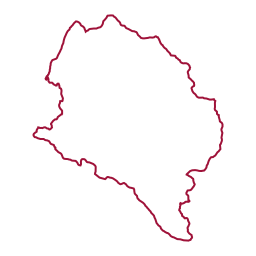 Buenos Aires, Puntarenas, Costa Rica
{"feature_id": "36466004B75428693831232", "entity_name": "Buenos Aires", "entity_type": "district", "adm_level": 2, "iso_a3": "CRI", "parent_name": "Costa Rica", "parent_adm1": "Puntarenas", "projection": "natural_earth1", "projection_center": [-83.259, 9.079], "detail": "fine", "context": "isolated", "style": "outline", "palette": "rose", "viewbox_px": 256, "rotation_deg": 0, "n_neighbors": 0, "source": "geoboundaries", "source_scale": "gbopen_adm2", "svg_char_len": 5711}
<svg xmlns="http://www.w3.org/2000/svg" viewBox="0 0 256 256"><path d="M160.9,228.5L162.8,230.6L163.8,231.0L165.3,232.1L167.1,233.0L167.6,233.0L168.7,233.7L169.9,234.9L170.5,235.8L171.3,236.4L172.7,237.1L173.7,237.3L177.3,239.1L180.3,239.3L183.7,240.3L188.6,240.6L189.3,240.2L190.5,239.9L191.1,238.7L191.9,237.9L192.1,237.1L191.7,236.0L191.6,235.1L189.3,233.5L187.8,231.5L187.9,229.4L187.6,228.7L187.6,227.4L188.3,226.5L188.8,225.1L189.2,224.5L189.4,223.3L188.1,220.7L187.8,219.2L187.4,218.5L186.9,218.1L185.9,218.0L185.3,218.3L184.7,218.3L184.3,217.9L183.5,216.7L182.3,216.1L182.1,215.7L182.0,214.1L181.1,213.4L180.1,211.3L179.2,210.2L179.4,209.1L179.7,208.8L180.0,208.2L179.9,206.8L180.6,204.8L180.1,204.2L180.1,203.9L180.5,203.1L181.7,203.6L182.6,203.6L184.6,202.7L185.2,202.0L185.9,201.7L188.6,201.8L189.4,201.3L189.4,200.9L189.2,200.5L188.4,200.1L188.3,196.0L187.7,195.1L186.6,194.3L186.4,193.7L186.4,192.8L187.6,190.5L190.1,190.2L191.0,189.8L192.3,188.3L192.9,187.3L193.6,186.6L194.7,184.5L194.6,184.0L193.9,182.8L193.3,180.6L193.3,179.4L193.1,178.8L191.9,177.9L191.0,177.0L188.9,176.0L187.9,175.2L186.8,174.7L186.6,174.6L186.7,174.3L190.1,171.1L192.2,170.3L195.1,170.1L197.2,170.4L199.1,170.9L200.7,171.0L201.8,171.0L202.1,170.8L204.0,170.6L204.4,170.1L205.0,169.7L206.4,167.6L206.8,165.4L207.6,164.4L208.6,161.2L209.5,159.3L210.7,157.6L211.2,157.2L213.0,157.1L214.0,156.3L215.3,155.5L217.5,152.2L218.5,151.5L220.4,149.1L220.0,145.0L220.2,144.5L220.6,144.2L220.9,143.5L221.9,140.7L221.9,139.1L221.5,138.0L221.5,137.5L222.4,132.9L221.5,130.4L221.4,129.2L222.5,126.6L222.5,124.3L221.9,123.0L221.3,122.4L220.7,122.1L219.9,121.4L219.7,120.0L218.8,116.9L218.8,115.1L217.9,114.8L217.4,114.2L217.0,113.9L216.9,111.6L215.1,110.1L214.7,108.9L215.0,107.1L214.9,102.8L215.3,100.9L214.4,100.3L213.9,99.2L211.9,99.5L209.8,99.6L206.4,98.5L204.1,98.3L202.9,97.6L199.0,97.7L197.9,97.3L196.9,96.6L195.6,94.6L194.6,93.6L193.9,93.2L193.3,92.5L192.4,91.1L191.5,88.2L191.8,87.5L193.2,86.3L193.9,86.1L194.2,85.4L194.2,84.5L194.0,83.6L194.0,82.8L192.9,81.4L192.0,80.7L190.9,79.4L188.7,77.5L188.6,75.4L187.8,72.5L187.8,71.8L188.5,70.6L189.5,69.5L189.8,69.1L189.8,68.2L190.1,67.4L189.6,66.7L189.4,65.6L187.8,63.9L186.4,63.3L184.6,63.2L184.3,63.3L183.0,63.3L181.4,62.7L180.5,61.9L179.7,60.1L178.6,59.7L177.6,58.5L176.3,57.8L175.9,57.4L175.7,56.5L175.0,55.8L171.0,55.4L170.3,54.4L170.2,53.7L169.8,53.2L167.1,50.5L166.6,49.5L165.8,48.7L164.8,48.1L163.9,47.2L163.0,46.0L162.6,45.1L161.6,44.6L160.8,43.3L160.3,42.7L159.9,41.2L159.4,40.5L159.2,39.4L158.8,39.0L157.8,37.2L157.1,37.2L155.9,36.3L154.8,36.7L154.1,37.3L152.5,37.6L149.8,37.4L148.0,37.9L144.0,38.4L142.5,38.3L140.8,37.8L140.1,36.8L138.0,35.0L137.1,33.0L136.4,32.1L134.9,31.6L134.3,31.3L132.2,31.1L128.4,29.0L126.2,28.1L124.6,25.9L124.1,25.7L123.1,25.7L121.8,25.4L120.9,24.9L120.5,24.2L120.2,23.0L119.4,21.8L117.8,20.5L115.7,17.8L115.2,17.3L114.2,16.8L113.0,15.5L111.0,15.4L107.6,15.7L107.0,16.5L106.7,17.4L106.0,18.3L104.2,20.4L103.6,20.8L103.2,21.7L102.8,23.8L102.1,25.2L101.2,26.5L100.1,27.3L98.3,27.7L96.5,28.5L94.0,28.5L89.8,29.0L89.0,29.4L87.8,30.6L86.7,30.9L85.7,31.7L85.4,30.7L84.7,29.2L84.5,28.3L84.1,27.6L83.7,27.3L83.3,26.7L81.2,25.5L80.7,24.9L80.3,23.8L79.2,22.6L77.6,21.7L76.0,21.4L74.3,22.9L72.9,24.7L72.6,25.3L71.5,26.2L70.9,27.1L69.9,27.8L69.5,29.5L68.2,30.6L67.4,31.6L67.0,32.5L66.6,33.1L65.8,35.0L64.6,37.6L63.8,40.3L63.2,43.5L62.8,44.1L62.0,46.0L61.5,48.4L60.9,49.7L60.4,50.4L60.2,51.2L58.0,55.3L56.9,58.0L56.2,58.7L52.4,60.1L51.6,61.3L50.7,63.3L50.6,65.1L50.2,66.4L50.1,68.7L49.8,69.4L49.7,71.4L49.0,72.8L48.8,73.8L48.4,74.5L48.0,74.8L47.8,75.6L46.8,76.2L45.6,78.7L45.9,79.4L46.3,79.6L47.3,77.7L47.5,77.5L47.8,77.5L48.0,77.8L48.5,79.2L48.4,80.6L48.5,81.2L49.6,82.7L52.1,82.7L53.0,83.5L53.5,84.3L54.6,84.8L55.9,85.6L56.7,85.5L57.1,84.2L57.4,83.8L57.9,83.6L58.6,83.7L59.3,85.5L59.6,87.9L60.9,88.6L61.2,89.2L61.5,90.3L61.5,91.2L61.2,94.0L62.9,98.3L62.8,99.2L62.6,100.0L62.6,100.7L62.3,101.1L60.2,101.1L59.9,103.2L59.2,104.6L59.1,105.8L59.4,106.9L60.2,108.5L61.4,109.8L62.1,110.8L62.1,113.7L61.8,113.8L61.7,114.3L61.4,114.3L57.8,117.0L57.2,118.6L56.5,119.3L55.0,119.4L53.1,120.9L51.7,122.8L51.0,123.7L51.0,124.2L51.7,125.3L51.8,126.7L52.0,127.4L51.8,127.7L50.3,129.2L49.8,129.4L49.3,129.5L48.4,128.6L47.1,128.5L45.4,127.4L44.9,127.3L43.7,127.5L42.4,128.1L41.4,127.9L39.9,128.0L39.0,127.5L38.3,127.4L38.3,127.9L37.8,128.2L36.6,130.3L36.7,130.7L36.7,131.4L36.6,131.8L35.2,132.6L33.8,133.9L33.5,134.9L33.7,135.8L34.7,137.1L36.1,137.3L37.7,138.2L40.4,139.0L43.7,139.0L44.9,139.9L45.7,140.2L47.3,140.4L49.2,141.3L50.5,143.5L51.1,144.0L53.8,145.0L54.5,146.9L55.2,147.3L55.5,147.8L55.5,148.2L55.2,148.7L55.4,149.3L57.1,150.8L58.3,152.1L60.4,153.2L61.2,153.8L61.8,154.9L62.9,157.7L64.0,158.7L65.2,158.9L68.0,159.1L69.0,159.5L70.5,159.7L71.5,160.4L72.2,160.6L75.7,160.9L77.3,162.6L78.2,164.5L79.2,165.2L80.5,165.4L81.0,164.1L80.9,161.7L81.2,160.1L82.2,159.1L83.9,159.1L84.7,159.4L85.5,160.1L86.8,161.9L87.4,162.2L89.4,162.4L93.3,164.0L95.2,165.7L95.7,166.8L95.6,171.6L95.1,173.0L95.0,174.0L99.5,177.6L105.1,179.1L105.8,178.6L106.7,177.5L107.6,177.0L108.6,177.1L109.8,177.6L111.4,177.8L113.0,178.4L115.7,180.2L117.3,181.5L118.2,182.8L120.1,184.1L120.7,184.2L122.4,183.6L123.3,183.1L124.1,183.0L126.1,184.4L126.9,185.7L128.5,187.0L129.8,187.6L131.1,187.8L133.7,188.5L134.2,189.6L134.3,191.1L134.7,193.4L135.2,194.1L137.0,195.9L137.3,197.6L137.7,198.6L138.5,199.2L139.2,200.2L143.1,202.8L144.4,204.1L144.9,204.8L145.3,205.7L146.6,206.9L147.3,207.9L148.4,209.0L149.1,210.0L150.6,211.5L151.1,212.7L153.4,215.0L154.0,215.8L154.5,217.5L155.4,219.3L156.6,223.1L157.8,224.5L158.3,225.3L160.3,226.7L160.9,228.2L160.9,228.5Z" fill="none" stroke="#9f1239" stroke-width="2"/></svg>